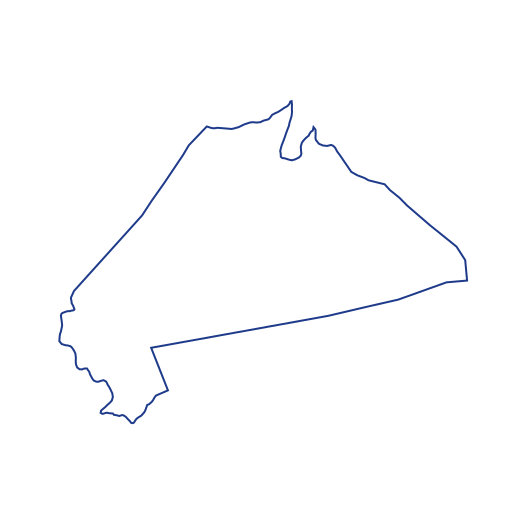 Santa María Lachixío, Oaxaca, Mexico, rotated 352°
{"feature_id": "50627088B6141601826663", "entity_name": "Santa María Lachixío", "entity_type": "district", "adm_level": 2, "iso_a3": "MEX", "parent_name": "Mexico", "parent_adm1": "Oaxaca", "projection": "natural_earth1", "projection_center": [-97.056, 16.737], "detail": "fine", "context": "isolated", "style": "outline", "palette": "blue", "viewbox_px": 512, "rotation_deg": 352, "n_neighbors": 0, "source": "geoboundaries", "source_scale": "gbopen_adm2", "svg_char_len": 2570}
<svg xmlns="http://www.w3.org/2000/svg" viewBox="0 0 512 512"><g transform="rotate(352 256 256)"><path d="M333.9,153.6L331.5,149.5L331.3,147.5L332.1,143.0L332.5,139.5L332.1,138.4L330.9,136.4L329.7,139.6L327.7,140.6L325.9,142.6L325.0,144.1L322.4,145.7L320.7,146.9L318.5,148.8L317.1,150.4L315.6,153.9L315.4,155.9L315.2,159.0L315.2,160.9L314.3,162.9L312.1,164.5L308.1,165.8L304.7,166.2L301.4,164.9L298.0,163.2L295.7,162.7L294.4,161.2L294.7,158.1L294.6,155.3L296.6,150.4L299.2,145.8L301.0,142.4L302.8,138.8L304.8,135.1L306.7,131.7L307.8,128.5L309.3,125.4L310.5,122.9L311.4,119.8L311.8,117.6L312.0,115.3L312.4,112.7L312.7,111.1L312.8,107.6L311.5,107.8L310.2,110.1L308.0,111.9L304.2,113.4L301.1,115.0L298.0,116.4L295.1,117.2L291.6,118.5L288.8,121.4L287.2,122.4L282.3,123.0L278.8,124.1L275.0,123.9L271.2,123.0L268.3,123.0L262.5,124.1L256.7,126.0L252.2,126.6L249.5,126.8L239.8,124.6L235.8,123.7L232.1,123.7L229.6,123.0L225.3,120.9L204.9,137.0L198.4,145.1L198.2,145.4L175.6,170.6L160.1,187.1L148.8,200.0L70.9,265.3L67.2,271.1L66.8,272.3L67.0,274.9L66.9,277.0L68.2,280.6L68.4,282.0L68.8,283.5L68.4,284.0L67.5,284.4L65.7,284.4L63.4,284.7L61.6,284.4L58.9,284.9L56.1,285.6L55.3,286.2L54.5,287.8L54.5,290.6L54.5,294.2L54.4,297.7L53.6,300.0L52.2,303.8L51.1,305.9L51.0,306.4L50.7,307.2L50.4,308.2L49.4,313.0L51.4,316.2L55.1,317.9L57.5,318.5L58.9,319.2L59.7,319.5L61.0,321.1L62.7,324.6L63.6,327.7L63.5,329.2L63.5,331.6L63.0,334.1L62.7,336.7L62.7,338.6L63.4,341.5L65.5,343.6L68.1,344.1L69.5,343.6L70.2,343.6L72.0,343.7L73.0,343.9L73.7,345.5L74.8,347.6L75.1,349.8L76.5,353.7L77.0,355.0L78.1,356.8L80.3,358.2L82.3,358.6L84.2,358.2L86.4,357.9L87.8,357.8L90.0,359.4L90.7,360.9L91.2,362.9L92.3,365.1L93.3,367.9L94.6,372.1L94.6,375.8L93.1,379.1L90.7,381.1L88.4,382.6L85.7,384.6L83.3,386.1L81.1,387.5L80.3,389.7L82.0,391.0L84.0,390.7L86.5,390.4L88.8,391.3L92.3,392.0L93.2,393.5L95.8,394.3L98.4,395.4L101.0,394.9L102.4,395.2L104.6,397.0L106.4,399.7L108.1,401.9L108.6,402.9L109.2,403.9L110.7,404.4L111.7,404.1L112.8,403.0L114.4,401.1L116.3,399.8L118.6,398.8L120.2,398.1L123.5,395.3L125.0,393.3L126.6,390.2L127.5,388.4L129.5,387.9L132.4,386.0L134.1,384.3L135.9,381.9L137.5,380.3L150.1,376.8L139.4,332.3L163.3,331.4L291.3,326.4L318.8,325.3L320.3,325.2L362.1,321.4L390.7,319.0L440.9,308.6L461.6,309.7L462.6,289.2L455.9,274.7L447.7,265.9L432.4,249.6L412.7,227.1L406.0,218.1L397.9,209.5L393.4,202.9L378.0,196.7L374.2,193.8L367.6,190.2L362.1,186.0L353.1,167.8L350.9,163.8L349.4,159.7L347.6,157.5L345.9,156.5L341.6,156.9L337.5,155.8L333.9,153.6Z" fill="none" stroke="#1e3a8a" stroke-width="2"/></g></svg>